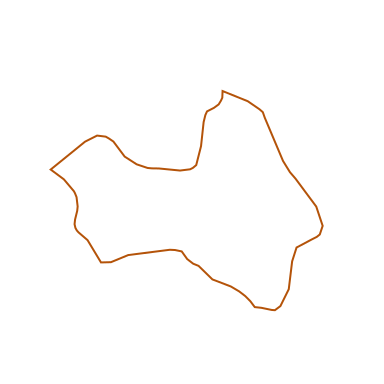 the border of Estelí, rotated 120°
{"feature_id": "NIC-664", "entity_name": "Estelí", "entity_type": "Department", "adm_level": 1, "iso_a3": "NIC", "parent_name": "Nicaragua", "parent_adm1": "", "projection": "equal_earth", "projection_center": [-86.387, 13.143], "detail": "fine", "context": "isolated", "style": "outline", "palette": "amber", "viewbox_px": 384, "rotation_deg": 120, "n_neighbors": 0, "source": "natural_earth", "source_scale": "10m", "svg_char_len": 1007}
<svg xmlns="http://www.w3.org/2000/svg" viewBox="0 0 384 384"><g transform="rotate(120 192 192)"><path d="M298.5,235.6L285.9,258.4L283.7,270.1L282.9,272.5L281.4,275.0L278.6,277.6L274.3,279.5L265.7,282.0L261.7,283.8L254.2,289.4L251.6,292.7L250.4,294.6L245.1,309.3L243.2,325.6L201.9,309.8L190.6,302.4L187.2,294.4L187.2,290.6L187.6,285.3L195.0,268.0L195.7,253.8L193.4,242.5L191.6,238.6L188.2,232.5L179.4,213.1L173.3,205.0L170.7,203.3L166.6,201.8L147.8,207.1L125.6,216.9L118.7,218.9L114.7,219.3L108.2,215.1L102.8,212.7L98.4,212.6L95.2,212.9L89.3,216.0L85.5,189.1L86.6,175.0L87.4,170.8L87.7,170.3L91.3,166.1L119.6,128.7L125.9,117.0L128.7,109.0L142.5,77.1L156.0,61.9L164.9,60.1L168.5,61.5L173.4,64.7L187.8,73.7L202.0,70.6L227.8,59.6L246.6,58.4L252.9,61.1L254.3,64.0L257.6,74.0L260.3,80.1L257.4,86.9L255.5,93.9L254.5,101.5L254.4,111.1L257.5,130.6L252.7,149.4L253.5,155.1L252.5,162.6L248.6,171.2L250.7,177.6L253.1,182.3L278.5,215.7L293.3,227.1L298.5,235.6Z" fill="none" stroke="#b45309" stroke-width="2"/></g></svg>